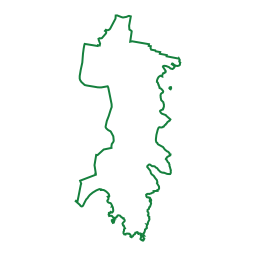 the district of Randwick, New South Wales, Australia
{"feature_id": "25037944B39404082196295", "entity_name": "Randwick", "entity_type": "district", "adm_level": 2, "iso_a3": "AUS", "parent_name": "Australia", "parent_adm1": "New South Wales", "projection": "orthographic", "projection_center": [151.246, -33.946], "detail": "fine", "context": "isolated", "style": "outline", "palette": "green", "viewbox_px": 256, "rotation_deg": 0, "n_neighbors": 0, "source": "geoboundaries", "source_scale": "gbopen_adm2", "svg_char_len": 5946}
<svg xmlns="http://www.w3.org/2000/svg" viewBox="0 0 256 256"><path d="M95.4,173.6L95.8,174.7L80.1,180.7L81.2,183.7L80.8,184.7L78.5,196.5L77.4,201.8L76.0,200.8L75.7,201.2L79.7,204.7L80.6,205.9L81.4,206.4L82.0,206.4L83.0,205.7L84.6,202.4L86.2,199.4L87.5,198.1L88.4,196.7L89.9,194.9L92.7,192.6L96.3,190.4L99.4,189.1L100.2,189.2L100.6,189.8L101.1,189.5L101.3,189.6L101.2,190.0L101.3,190.0L101.7,189.6L102.1,189.9L103.4,190.0L104.3,190.3L106.0,191.4L107.4,192.6L108.8,194.2L109.3,196.1L108.7,197.0L108.3,197.2L107.9,196.6L107.7,196.7L108.5,197.8L108.3,199.3L107.5,200.3L107.6,201.1L107.4,201.2L107.7,201.9L108.5,202.6L110.5,203.1L111.1,203.7L112.0,205.5L111.8,206.3L112.2,206.1L112.8,207.3L113.2,209.7L113.2,210.9L112.9,211.7L112.2,212.5L111.7,212.5L110.8,211.9L110.2,212.7L109.6,212.6L108.9,212.9L108.9,213.1L109.9,213.1L109.1,213.7L109.1,214.2L108.8,214.1L108.6,214.7L109.1,215.4L109.2,216.0L111.0,215.7L112.1,216.1L114.1,218.6L113.9,219.2L113.1,220.0L112.5,220.2L112.2,219.9L111.9,220.1L112.0,220.4L111.8,220.6L111.9,221.2L112.3,222.0L113.1,222.1L113.2,222.4L113.4,222.5L113.3,222.8L113.7,222.7L114.0,222.1L114.3,220.6L114.5,220.4L114.5,219.8L114.0,219.2L114.3,218.6L115.0,217.8L115.3,218.0L115.3,217.7L116.6,217.1L117.6,215.5L118.5,215.3L120.1,215.7L121.4,217.2L122.3,217.6L122.7,218.3L123.5,218.2L123.5,218.6L124.1,219.1L124.7,220.2L124.6,221.1L122.9,222.9L122.5,223.7L123.1,225.5L123.4,225.7L123.8,225.7L124.3,227.1L125.0,228.4L124.4,228.7L124.0,229.4L124.0,230.8L123.5,231.8L123.5,233.3L124.3,234.4L124.9,234.3L125.5,234.5L125.7,233.9L127.1,233.5L128.2,233.8L128.6,233.6L129.2,233.7L129.4,234.0L130.2,234.4L130.9,235.9L130.5,236.2L130.7,236.4L130.5,236.5L130.6,236.8L131.6,237.2L131.9,236.7L132.8,236.3L133.4,235.2L134.1,234.5L134.9,234.2L135.3,232.8L136.0,232.8L136.4,232.3L137.3,232.1L137.7,232.3L137.9,232.7L137.8,233.2L138.4,234.0L138.6,234.0L139.1,233.4L140.6,233.5L141.1,233.8L141.1,234.4L140.8,234.9L141.0,235.0L140.9,235.9L141.3,236.4L141.6,236.3L140.5,238.6L140.5,239.2L141.6,240.1L141.9,240.0L142.9,240.6L143.2,240.2L143.5,240.2L144.1,239.1L143.8,238.9L144.1,238.4L143.7,238.1L143.4,237.3L143.3,236.1L143.8,235.9L143.8,235.7L143.3,235.6L143.4,235.1L143.8,235.2L142.9,234.0L143.6,233.5L143.8,233.0L144.1,232.9L144.5,232.1L144.6,231.4L144.9,230.9L145.0,229.5L145.5,229.3L146.3,228.4L146.8,228.2L146.9,227.7L146.6,227.0L147.1,224.9L146.8,224.5L147.3,224.6L147.7,224.2L147.9,223.5L147.9,222.5L149.4,219.6L149.4,218.7L149.0,218.0L149.3,217.4L149.3,216.8L148.4,216.1L147.9,215.1L148.4,214.6L148.5,213.5L148.3,212.4L147.5,211.5L147.6,209.8L148.9,208.9L149.2,207.2L150.0,206.8L151.1,203.5L150.8,202.6L150.9,202.2L150.1,201.7L149.7,201.1L149.7,200.9L150.6,200.6L150.4,200.2L151.0,200.6L151.2,200.2L151.1,199.9L150.6,199.9L150.5,199.0L150.3,198.9L150.4,198.7L150.1,198.0L149.9,197.8L149.4,198.0L148.7,197.3L147.7,197.4L146.9,197.2L146.2,195.9L146.4,195.2L146.2,194.7L146.9,194.1L148.0,193.8L149.4,194.0L150.0,193.7L151.2,193.4L152.5,192.6L153.5,192.4L153.9,191.8L153.7,191.1L157.5,190.9L157.3,190.1L158.6,189.5L159.1,188.3L159.0,186.5L156.9,183.1L157.4,182.2L156.8,180.0L155.1,178.0L154.8,177.3L154.1,176.6L153.8,175.9L151.8,174.4L151.0,173.3L150.2,170.6L147.2,166.9L147.4,166.0L148.9,164.6L149.8,164.5L152.2,166.2L154.0,166.2L155.0,166.6L155.8,167.5L157.2,168.2L158.5,170.1L159.5,170.9L160.1,171.7L161.6,172.4L163.3,172.8L163.8,172.6L167.1,173.9L169.5,174.1L170.2,174.0L170.8,172.8L170.7,170.9L170.9,170.2L170.6,169.6L169.8,166.6L169.5,166.1L169.5,164.7L169.1,163.8L169.0,163.1L167.6,161.8L167.0,160.4L165.8,159.1L166.0,158.5L166.5,158.3L167.2,157.0L170.3,155.3L170.5,154.4L169.6,154.1L169.4,153.1L168.2,151.8L167.0,151.3L164.8,149.5L163.1,147.1L158.0,144.3L157.6,143.7L157.3,142.9L156.7,142.6L156.3,142.1L155.9,140.5L155.9,139.1L156.4,134.9L157.7,129.8L158.5,127.9L159.3,127.2L161.2,127.5L162.7,127.2L162.9,126.8L163.8,126.6L164.7,125.2L165.7,124.6L165.9,124.0L166.5,123.6L167.6,121.9L168.8,121.3L169.1,120.8L169.7,120.6L170.4,119.4L166.6,116.1L165.9,115.4L165.8,115.1L161.9,113.7L160.8,112.7L160.0,111.1L160.2,110.7L161.2,110.1L162.9,109.5L162.9,109.0L163.3,108.6L163.2,108.3L163.9,106.8L163.9,104.3L163.6,103.7L163.3,102.2L161.2,100.1L160.6,97.1L160.7,96.7L160.5,95.7L160.8,94.1L161.6,93.2L162.9,92.5L163.2,91.4L162.9,90.7L161.5,89.1L160.6,88.4L159.6,88.1L159.4,87.5L159.5,87.0L158.5,85.0L158.6,84.5L158.0,83.7L157.8,82.6L156.9,81.9L157.0,80.4L157.8,78.3L158.7,76.9L160.4,75.7L162.3,76.5L162.2,75.2L163.0,73.5L163.6,73.3L163.6,73.1L164.2,73.1L164.7,72.4L165.4,72.4L165.7,71.8L165.7,71.0L162.9,66.8L163.2,66.1L164.1,65.8L166.0,66.0L168.9,67.1L170.5,68.5L172.5,69.0L173.7,68.2L174.7,66.7L173.5,65.3L171.8,64.2L172.1,63.6L172.5,63.5L173.3,64.0L173.3,64.4L173.6,64.7L176.1,65.8L177.7,66.0L179.1,65.5L179.9,64.8L180.0,63.4L180.3,62.6L179.3,61.6L179.7,60.2L179.4,60.0L179.5,59.5L178.8,58.3L178.7,58.5L177.1,58.3L166.6,56.3L166.8,55.1L159.8,53.8L160.2,52.1L155.7,51.3L155.3,50.4L151.2,49.7L150.5,48.1L150.8,46.2L148.7,45.9L149.0,44.2L132.2,41.3L130.2,41.7L131.7,31.4L131.5,30.9L129.4,29.5L129.1,25.8L130.8,16.4L129.0,15.9L128.5,16.0L126.4,16.9L123.0,17.5L121.5,17.1L117.1,15.4L115.7,15.5L115.5,18.6L110.1,28.8L109.3,29.6L107.9,30.2L106.8,30.2L105.9,29.8L105.0,30.9L105.7,31.4L106.1,32.0L106.2,32.8L105.8,33.6L101.9,38.1L100.8,38.4L99.7,38.2L98.5,38.8L98.8,40.2L100.1,43.6L99.7,45.5L97.9,45.2L97.7,46.0L84.7,43.9L84.4,44.7L83.7,48.4L83.0,53.6L82.3,62.6L80.7,70.0L79.7,76.0L79.7,78.6L80.1,80.0L81.4,82.0L84.7,85.0L86.8,85.5L97.6,87.3L99.5,87.4L101.4,87.4L107.6,86.3L108.1,87.2L108.4,88.2L111.6,104.2L111.7,107.0L110.6,110.0L108.7,116.1L106.8,121.0L105.6,126.6L105.7,127.4L106.4,128.5L108.2,130.1L110.5,131.3L111.0,132.0L113.3,136.3L113.7,140.3L113.6,141.2L113.2,142.1L111.8,144.0L111.4,146.4L111.5,147.9L103.7,149.5L97.5,155.1L96.2,154.9L94.5,165.2L95.8,173.5L95.4,173.6ZM170.0,89.0L170.6,89.3L170.8,89.0L171.0,88.5L170.2,88.3L171.0,87.5L171.0,87.2L170.3,87.1L169.6,87.5L169.4,88.2L170.0,89.0Z" fill="none" stroke="#15803d" stroke-width="2"/></svg>